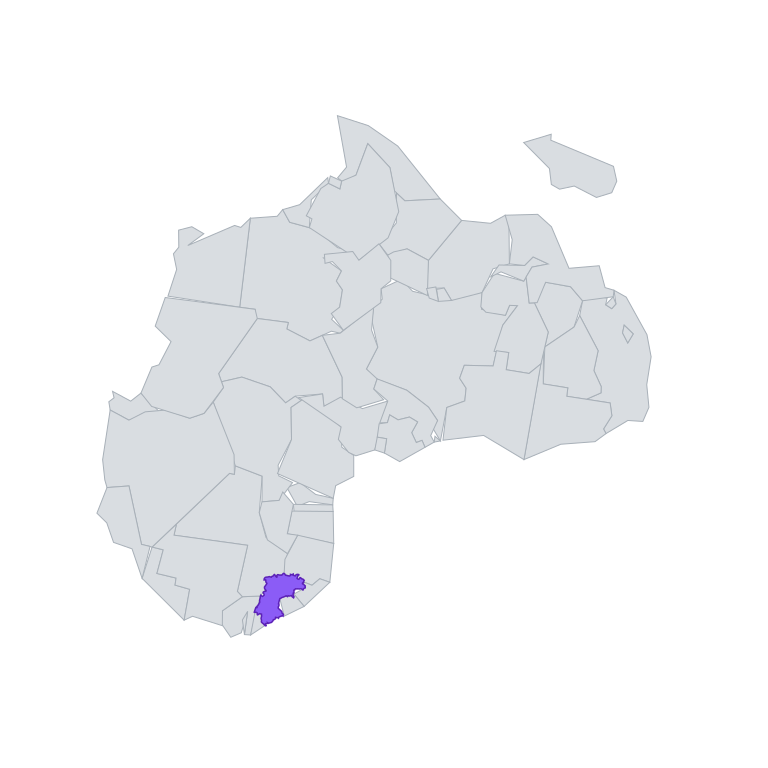 Guinea on a map of Africa (Albers equal-area conic projection), rotated 284°
{"feature_id": "GIN", "entity_name": "Guinea", "entity_type": "country or territory", "adm_level": 0, "iso_a3": "GIN", "parent_name": "Africa", "parent_adm1": "", "projection": "albers", "projection_center": [-10.714, 9.945], "detail": "fine", "context": "in_parent", "style": "filled", "palette": "violet", "viewbox_px": 768, "rotation_deg": 284, "n_neighbors": 49, "source": "natural_earth", "source_scale": "50m", "svg_char_len": 14311}
<svg xmlns="http://www.w3.org/2000/svg" viewBox="0 0 768 768"><g transform="rotate(284 384 384)"><path d="M514.7,397.2L561.5,419.7L565.7,448.5L577.1,460.8L571.2,466.1L530.9,476.6L522.1,461.9L496.4,457.0L485.5,444.4L481.4,429.3L491.7,419.1L486.9,402.2L514.7,397.2Z" fill="#d9dde1" stroke="#a8b0b8" stroke-width="1"/><path d="M169.7,198.4L169.7,209.9L145.2,209.5L145.4,229.2L138.3,229.9L137.8,245.1L106.5,247.2L136.9,196.3L169.7,198.4Z" fill="#d9dde1" stroke="#a8b0b8" stroke-width="1"/><path d="M481.4,429.3L496.4,457.0L480.1,460.5L480.0,485.2L490.7,486.8L492.3,494.6L469.8,485.0L427.9,485.5L421.6,457.4L407.9,456.0L399.8,464.7L387.1,466.5L376.4,450.6L342.4,452.5L353.3,441.7L361.5,444.8L372.3,432.8L383.5,407.5L387.5,370.6L394.3,363.3L418.3,369.0L443.0,356.7L456.7,355.3L465.9,361.8L475.7,358.1L489.7,375.5L480.9,389.3L481.4,429.3Z" fill="#d9dde1" stroke="#a8b0b8" stroke-width="1"/><path d="M577.1,393.8L566.8,359.9L574.1,347.1L595.4,337.4L613.3,310.1L579.9,306.3L569.4,296.8L572.8,289.1L585.4,295.2L633.1,273.9L630.9,306.3L618.2,339.8L577.1,393.8Z" fill="#d9dde1" stroke="#a8b0b8" stroke-width="1"/><path d="M561.5,419.7L514.7,397.2L520.7,373.7L510.0,356.5L518.8,345.2L543.2,357.0L572.3,349.9L566.8,359.9L577.1,393.8L561.5,419.7Z" fill="#d9dde1" stroke="#a8b0b8" stroke-width="1"/><path d="M432.0,334.1L425.6,331.2L422.7,329.2L422.5,320.2L407.9,301.7L413.9,276.4L420.5,276.3L416.6,241.9L425.3,240.9L423.6,225.4L512.5,214.2L520.9,239.8L528.7,243.5L518.1,253.4L517.4,280.7L505.1,305.9L505.0,321.6L491.7,294.7L483.4,315.4L472.4,312.9L465.3,320.9L447.9,322.4L434.1,317.5L426.3,331.5L432.0,334.1Z" fill="#d9dde1" stroke="#a8b0b8" stroke-width="1"/><path d="M416.9,245.2L420.5,276.3L413.9,276.4L407.9,301.7L416.3,312.4L380.4,341.8L359.6,347.2L347.9,331.1L359.5,326.8L350.7,300.8L341.9,293.1L353.7,274.3L356.3,244.4L346.9,225.8L354.1,221.0L416.9,245.2Z" fill="#d9dde1" stroke="#a8b0b8" stroke-width="1"/><path d="M389.6,611.4L393.5,607.9L408.3,612.8L420.3,608.0L418.1,584.0L427.9,596.7L434.0,595.4L447.8,584.4L468.1,583.7L497.7,557.3L512.8,556.5L520.9,569.9L521.4,579.7L514.5,579.9L512.2,586.8L517.8,589.7L530.6,584.5L526.9,598.0L495.5,627.2L475.0,636.6L446.9,639.1L425.5,646.7L410.3,644.2L407.6,629.4L389.6,611.4ZM499.2,602.8L491.3,603.1L482.8,610.6L492.9,613.7L499.2,602.8Z" fill="#d9dde1" stroke="#a8b0b8" stroke-width="1"/><path d="M499.2,602.8L492.9,613.7L482.8,610.6L491.3,603.1L499.2,602.8Z" fill="#d9dde1" stroke="#a8b0b8" stroke-width="1"/><path d="M512.8,556.5L485.2,554.6L458.9,531.1L474.1,530.8L499.1,510.3L521.8,516.2L523.5,541.5L512.8,556.5Z" fill="#d9dde1" stroke="#a8b0b8" stroke-width="1"/><path d="M497.7,557.3L468.1,583.7L447.8,584.4L434.0,595.4L427.9,596.7L418.1,584.0L416.3,564.3L424.7,563.3L422.6,538.5L458.9,531.1L485.2,554.6L497.7,557.3Z" fill="#d9dde1" stroke="#a8b0b8" stroke-width="1"/><path d="M416.3,564.3L420.3,608.0L408.3,612.8L393.5,607.9L389.6,611.4L379.1,602.7L368.3,570.1L344.5,538.1L457.2,530.1L422.6,538.5L424.7,563.3L416.3,564.3Z" fill="#d9dde1" stroke="#a8b0b8" stroke-width="1"/><path d="M108.1,305.7L101.2,296.6L113.1,283.1L124.9,282.1L143.3,298.0L148.4,315.3L108.2,315.3L107.1,309.2L130.3,306.7L108.1,305.7Z" fill="#d9dde1" stroke="#a8b0b8" stroke-width="1"/><path d="M148.4,315.3L143.3,298.0L147.3,291.9L194.5,290.7L186.5,216.8L197.9,216.5L259.9,255.7L260.2,260.7L268.6,259.6L265.1,288.1L229.0,294.1L206.6,306.6L196.1,331.4L175.6,333.0L166.9,316.3L158.9,320.0L148.4,315.3Z" fill="#d9dde1" stroke="#a8b0b8" stroke-width="1"/><path d="M106.5,247.2L137.8,245.1L138.3,229.9L145.4,229.2L145.2,209.5L169.7,209.9L169.7,198.4L197.9,216.5L186.5,216.8L194.5,290.7L147.3,291.9L143.3,298.0L124.9,282.1L110.4,285.6L112.3,254.4L106.5,247.2Z" fill="#d9dde1" stroke="#a8b0b8" stroke-width="1"/><path d="M260.8,362.4L254.3,363.5L251.8,339.9L244.4,329.4L260.1,314.8L268.0,326.4L260.3,344.5L260.8,362.4Z" fill="#d9dde1" stroke="#a8b0b8" stroke-width="1"/><path d="M346.9,225.8L356.3,244.4L353.7,274.3L341.9,293.1L350.7,300.8L348.0,307.7L338.8,299.5L307.7,307.7L279.6,300.9L269.4,304.1L266.2,319.1L245.7,310.4L240.1,294.1L265.1,288.1L268.6,259.6L325.1,222.7L341.8,229.1L346.9,225.8Z" fill="#d9dde1" stroke="#a8b0b8" stroke-width="1"/><path d="M260.8,362.4L271.3,302.3L307.7,307.7L338.8,299.5L351.3,310.6L332.0,352.8L312.5,358.3L307.4,371.9L287.0,377.0L273.7,361.7L260.8,362.4Z" fill="#d9dde1" stroke="#a8b0b8" stroke-width="1"/><path d="M350.2,304.5L359.5,326.8L347.9,331.1L360.7,345.0L354.9,369.0L368.4,391.8L317.8,391.0L307.5,374.1L309.1,366.2L319.2,353.1L332.0,352.8L350.2,304.5Z" fill="#d9dde1" stroke="#a8b0b8" stroke-width="1"/><path d="M245.3,325.2L254.3,363.5L248.0,365.5L237.9,327.8L245.3,325.2Z" fill="#d9dde1" stroke="#a8b0b8" stroke-width="1"/><path d="M238.4,325.3L248.0,365.5L217.1,373.8L215.3,326.4L238.4,325.3Z" fill="#d9dde1" stroke="#a8b0b8" stroke-width="1"/><path d="M175.6,333.0L189.9,330.3L216.4,336.8L217.1,373.8L178.5,379.4L179.5,368.8L171.3,362.8L175.6,333.0Z" fill="#d9dde1" stroke="#a8b0b8" stroke-width="1"/><path d="M108.2,315.3L131.4,314.0L131.0,320.2L120.1,326.2L108.2,315.3Z" fill="#d9dde1" stroke="#a8b0b8" stroke-width="1"/><path d="M172.5,353.1L171.3,362.8L179.5,368.8L178.5,379.4L148.9,360.3L158.4,347.4L166.5,356.1L172.5,353.1Z" fill="#d9dde1" stroke="#a8b0b8" stroke-width="1"/><path d="M134.7,343.4L151.4,334.4L158.4,347.4L148.9,360.3L134.7,343.4Z" fill="#d9dde1" stroke="#a8b0b8" stroke-width="1"/><path d="M196.1,331.4L204.5,308.6L229.0,294.1L240.1,294.1L245.7,310.4L254.7,311.9L245.3,325.2L215.3,326.4L216.4,336.8L196.1,331.4Z" fill="#d9dde1" stroke="#a8b0b8" stroke-width="1"/><path d="M456.7,355.3L433.3,358.9L418.3,369.0L394.3,363.3L387.3,376.1L376.7,375.3L368.7,387.5L354.3,363.3L359.6,347.2L380.4,341.8L416.3,312.4L422.7,329.2L456.7,355.3Z" fill="#d9dde1" stroke="#a8b0b8" stroke-width="1"/><path d="M387.3,376.1L383.5,407.5L372.3,432.8L361.5,444.8L345.2,441.8L339.8,446.8L332.5,439.1L338.5,434.5L335.0,429.5L343.5,422.6L355.3,425.8L358.1,416.7L352.6,406.3L355.4,397.0L347.4,396.7L345.2,389.3L368.4,391.8L376.7,375.3L387.3,376.1Z" fill="#d9dde1" stroke="#a8b0b8" stroke-width="1"/><path d="M330.8,390.3L344.2,388.9L347.4,396.7L355.4,397.0L352.6,406.3L358.1,416.7L355.3,425.8L343.5,422.6L335.0,429.5L338.5,434.5L332.5,439.1L312.5,418.0L317.1,401.1L331.5,399.8L330.8,390.3Z" fill="#d9dde1" stroke="#a8b0b8" stroke-width="1"/><path d="M317.8,391.0L330.8,390.3L331.5,399.8L317.1,401.1L317.8,391.0Z" fill="#d9dde1" stroke="#a8b0b8" stroke-width="1"/><path d="M496.4,457.0L518.1,464.4L517.6,494.7L522.2,496.0L497.7,505.3L499.1,510.3L474.1,530.8L441.5,531.4L429.3,522.2L427.4,499.1L444.7,497.4L442.3,482.9L469.8,485.0L492.3,494.6L490.7,486.8L480.0,485.2L478.3,465.5L482.2,459.3L496.4,457.0Z" fill="#d9dde1" stroke="#a8b0b8" stroke-width="1"/><path d="M513.8,461.6L527.3,466.8L533.0,491.7L543.4,497.9L540.2,514.3L533.2,499.3L517.6,494.7L521.1,470.4L513.8,461.6Z" fill="#d9dde1" stroke="#a8b0b8" stroke-width="1"/><path d="M530.9,476.6L555.0,473.5L577.1,460.8L585.8,492.1L577.1,508.4L541.0,535.5L550.8,564.2L531.0,575.2L530.6,584.5L524.1,585.3L512.8,556.5L523.5,541.5L521.8,516.2L500.0,512.9L497.7,505.3L522.2,496.0L533.2,499.3L540.2,514.3L543.4,497.9L533.0,491.7L530.9,476.6Z" fill="#d9dde1" stroke="#a8b0b8" stroke-width="1"/><path d="M524.1,585.3L517.8,589.7L512.2,586.8L514.5,579.9L524.1,585.3Z" fill="#d9dde1" stroke="#a8b0b8" stroke-width="1"/><path d="M339.8,446.8L345.6,446.1L342.4,452.5L339.8,446.8ZM343.7,454.8L376.4,450.6L387.1,466.5L399.8,464.7L407.9,456.0L421.6,457.4L427.9,485.5L443.5,485.1L444.7,497.4L427.4,499.1L429.3,522.2L441.5,531.4L344.5,538.1L358.2,493.1L343.7,454.8Z" fill="#d9dde1" stroke="#a8b0b8" stroke-width="1"/><path d="M488.5,412.1L491.7,419.1L481.4,429.3L477.3,416.8L488.5,412.1Z" fill="#d9dde1" stroke="#a8b0b8" stroke-width="1"/><path d="M652.1,461.1L666.8,485.8L660.9,486.9L650.7,554.0L637.1,560.8L624.7,558.7L616.4,545.0L622.1,520.7L615.5,507.2L618.1,498.1L633.1,492.4L652.1,461.1Z" fill="#d9dde1" stroke="#a8b0b8" stroke-width="1"/><path d="M107.1,309.2L120.8,303.7L130.3,306.7L107.1,309.2Z" fill="#d9dde1" stroke="#a8b0b8" stroke-width="1"/><path d="M303.1,172.1L287.2,145.2L292.5,124.6L300.2,121.3L305.3,125.4L311.2,122.4L306.1,142.4L316.4,150.4L303.1,172.1Z" fill="#d9dde1" stroke="#a8b0b8" stroke-width="1"/><path d="M169.7,198.4L169.7,187.5L223.4,161.2L216.5,140.3L223.4,136.3L242.5,129.3L292.5,124.6L287.2,145.2L299.2,159.0L305.9,178.5L303.8,203.8L312.0,216.5L325.1,222.7L279.2,255.6L260.2,260.7L259.9,255.7L169.7,198.4Z" fill="#d9dde1" stroke="#a8b0b8" stroke-width="1"/><path d="M517.7,273.7L518.1,253.4L528.7,243.5L537.6,258.8L570.7,279.5L565.3,281.6L545.1,268.9L517.7,273.7Z" fill="#d9dde1" stroke="#a8b0b8" stroke-width="1"/><path d="M136.9,196.3L163.1,179.4L164.9,159.9L182.2,148.6L189.2,136.7L216.5,140.3L223.4,161.2L169.7,187.5L169.8,196.3L136.9,196.3Z" fill="#d9dde1" stroke="#a8b0b8" stroke-width="1"/><path d="M512.5,214.2L423.6,225.4L417.0,153.1L445.0,155.1L459.4,148.2L467.1,151.8L483.6,147.5L490.1,159.5L486.2,172.8L470.9,160.1L501.7,200.7L501.3,207.2L512.5,214.2Z" fill="#d9dde1" stroke="#a8b0b8" stroke-width="1"/><path d="M415.0,150.8L425.3,240.9L416.9,245.2L354.1,221.0L341.8,229.1L312.0,216.5L303.8,203.8L306.0,164.0L316.4,150.4L344.3,154.7L348.2,161.0L373.6,167.1L384.8,148.0L415.0,150.8Z" fill="#d9dde1" stroke="#a8b0b8" stroke-width="1"/><path d="M613.3,310.1L595.4,337.4L554.8,356.6L526.8,352.6L498.0,329.7L517.7,273.7L526.8,274.1L528.4,267.9L558.4,275.4L565.3,281.6L562.6,294.0L570.6,293.8L579.9,306.3L613.3,310.1Z" fill="#d9dde1" stroke="#a8b0b8" stroke-width="1"/><path d="M565.3,281.6L572.9,281.6L570.6,293.8L562.6,294.0L565.3,281.6Z" fill="#d9dde1" stroke="#a8b0b8" stroke-width="1"/><path d="M514.7,397.2L480.3,404.7L488.7,363.0L510.0,356.5L514.5,361.4L520.7,373.7L514.7,397.2Z" fill="#d9dde1" stroke="#a8b0b8" stroke-width="1"/><path d="M486.9,402.2L490.7,410.8L477.3,416.8L478.3,407.1L486.9,402.2Z" fill="#d9dde1" stroke="#a8b0b8" stroke-width="1"/><path d="M485.7,365.6L475.7,358.1L462.2,361.2L426.3,331.5L439.6,315.8L447.9,322.4L465.3,320.9L472.4,312.9L483.4,315.4L490.3,304.3L486.8,297.6L495.4,294.8L505.0,321.6L498.0,329.7L518.8,345.2L505.6,360.7L485.7,365.6Z" fill="#d9dde1" stroke="#a8b0b8" stroke-width="1"/><path d="M158.0,346.8L157.4,346.7L157.1,346.8L156.3,347.8L155.8,348.1L155.5,348.1L155.1,348.0L154.8,348.1L154.6,348.0L154.7,347.8L154.9,347.5L155.3,346.4L156.2,345.4L156.3,345.2L155.9,344.6L155.4,343.7L155.4,342.9L155.4,342.2L154.5,342.0L154.3,341.9L154.3,341.7L154.5,341.1L154.8,340.6L154.8,340.4L154.8,340.2L154.2,339.6L153.4,338.6L152.6,337.4L152.0,336.4L151.4,336.0L150.9,335.3L150.7,334.9L150.2,334.8L148.7,334.8L146.8,334.8L145.2,334.8L145.1,335.3L143.4,335.7L142.3,335.3L141.2,335.5L140.6,335.8L140.4,336.4L140.1,337.0L139.9,337.3L139.8,337.6L139.6,337.9L139.4,338.2L139.1,338.8L138.6,339.7L138.0,340.2L137.0,340.5L136.6,341.5L136.4,341.8L136.0,342.1L135.6,342.2L135.2,342.1L134.8,342.1L134.3,342.2L134.5,341.3L134.3,340.9L133.5,340.1L133.5,339.7L133.2,339.3L132.2,338.3L131.2,338.3L131.5,337.5L131.5,336.4L131.2,335.8L131.3,335.2L131.1,335.2L130.8,335.7L130.2,335.5L129.2,334.9L128.7,334.2L128.6,333.7L128.2,333.6L127.5,333.6L125.5,332.6L124.1,330.2L124.1,329.6L124.3,328.7L123.6,329.1L123.5,328.6L123.0,327.7L122.9,327.1L122.4,326.9L122.0,326.8L121.7,327.0L121.3,328.1L121.0,328.1L120.7,327.9L120.8,327.0L121.1,326.6L121.6,326.0L122.9,323.3L123.3,322.7L123.6,322.5L124.3,322.5L125.4,322.2L126.4,321.6L126.9,321.4L128.0,321.4L129.3,321.4L131.1,320.8L131.1,320.0L131.1,319.0L131.0,318.6L130.4,318.3L130.1,318.0L129.8,317.6L129.4,317.3L129.4,317.0L129.9,316.7L130.2,316.6L130.9,316.6L131.1,316.5L131.3,316.2L131.5,315.6L131.6,314.9L131.1,314.0L131.2,313.3L133.7,313.5L133.9,313.5L135.1,313.6L135.8,313.7L136.2,313.7L136.4,313.9L136.3,314.1L136.2,314.5L136.3,314.8L136.7,314.9L136.9,314.8L137.1,314.7L137.4,314.5L137.7,314.6L138.4,315.2L139.0,315.3L139.8,315.6L140.4,315.8L141.0,315.8L141.5,316.1L142.3,316.2L143.4,315.8L144.3,315.6L145.5,315.6L146.1,315.7L147.9,315.4L148.8,315.5L149.3,315.6L149.1,315.8L148.9,316.3L148.7,316.8L148.5,317.2L148.5,317.5L149.1,318.0L150.0,318.7L150.3,318.8L150.7,318.6L151.4,318.1L151.9,317.5L152.3,317.2L152.9,317.2L153.3,317.6L153.9,318.5L154.4,319.4L154.4,319.5L154.6,319.6L154.9,319.6L155.1,319.4L155.3,319.3L155.6,318.9L156.5,317.7L157.2,317.4L157.5,317.3L158.0,317.1L158.8,317.4L160.1,317.9L161.5,318.5L162.1,318.6L162.4,318.5L162.8,317.7L163.4,317.3L164.1,317.0L164.8,316.8L165.1,316.8L165.3,316.5L165.3,316.2L165.3,315.9L164.9,315.3L164.8,315.1L165.1,315.0L165.6,314.9L166.2,314.9L167.0,315.2L167.6,315.6L167.9,316.0L168.3,317.0L168.6,317.9L169.4,319.4L169.3,320.3L169.3,321.4L169.7,321.6L170.0,321.7L170.2,321.8L170.6,322.6L170.9,322.9L171.3,322.9L172.1,323.4L172.6,323.6L172.7,323.8L172.6,324.0L172.4,324.3L172.2,324.5L171.7,324.8L171.3,325.3L170.6,326.4L170.6,326.6L170.7,326.8L171.1,326.8L171.4,326.7L172.1,326.3L172.6,326.5L173.2,326.8L173.3,327.1L173.4,327.5L173.3,328.1L173.3,328.7L173.5,329.7L173.7,330.8L174.0,331.2L175.8,332.1L175.9,332.4L176.0,332.8L175.9,333.4L175.7,333.6L175.2,334.1L174.8,334.5L174.6,334.9L174.7,335.6L174.7,337.2L174.8,338.7L175.2,339.2L175.6,339.4L176.2,339.4L176.7,339.3L176.7,340.1L176.5,341.1L177.2,341.4L177.5,341.7L177.7,341.9L176.7,342.5L176.4,342.8L176.3,343.6L176.3,344.3L177.6,344.8L178.1,345.4L178.4,346.1L178.5,347.3L178.3,347.6L178.0,347.6L177.6,347.2L177.3,346.8L177.0,346.8L176.3,346.8L175.6,346.6L174.6,346.7L174.3,346.7L174.1,347.0L174.0,347.3L173.9,348.6L174.3,348.8L174.9,349.1L175.3,349.3L175.6,349.2L175.8,349.4L175.9,349.9L175.7,350.3L175.4,350.7L175.0,351.6L175.1,352.0L175.1,352.5L174.4,353.8L174.2,354.1L173.2,353.8L172.6,353.8L172.2,354.1L171.9,353.9L171.6,353.6L171.4,353.2L171.2,353.1L170.8,353.1L170.4,353.3L170.3,353.7L170.2,354.2L170.2,354.6L169.9,354.9L169.5,355.5L169.3,356.0L169.0,356.5L168.6,356.5L168.4,356.4L168.3,356.5L167.7,356.8L167.2,356.9L167.1,356.6L166.8,356.4L166.4,355.9L166.0,355.6L165.3,355.3L165.0,355.4L164.7,355.4L164.5,355.1L164.9,354.5L165.1,354.0L165.2,353.5L165.2,353.0L165.0,352.3L164.7,351.7L164.6,351.4L164.6,350.9L164.5,350.5L164.4,350.2L164.4,349.8L164.3,349.4L164.1,349.2L164.0,348.6L164.0,347.9L163.7,347.6L163.3,347.4L163.0,347.2L162.9,346.9L162.7,346.8L162.4,347.0L162.0,346.4L161.9,346.4L161.7,346.5L159.7,347.2L159.4,346.6L159.0,346.5L158.4,346.8L158.0,346.8Z" fill="#8b5cf6" stroke="#5b21b6" stroke-width="1.5"/></g></svg>